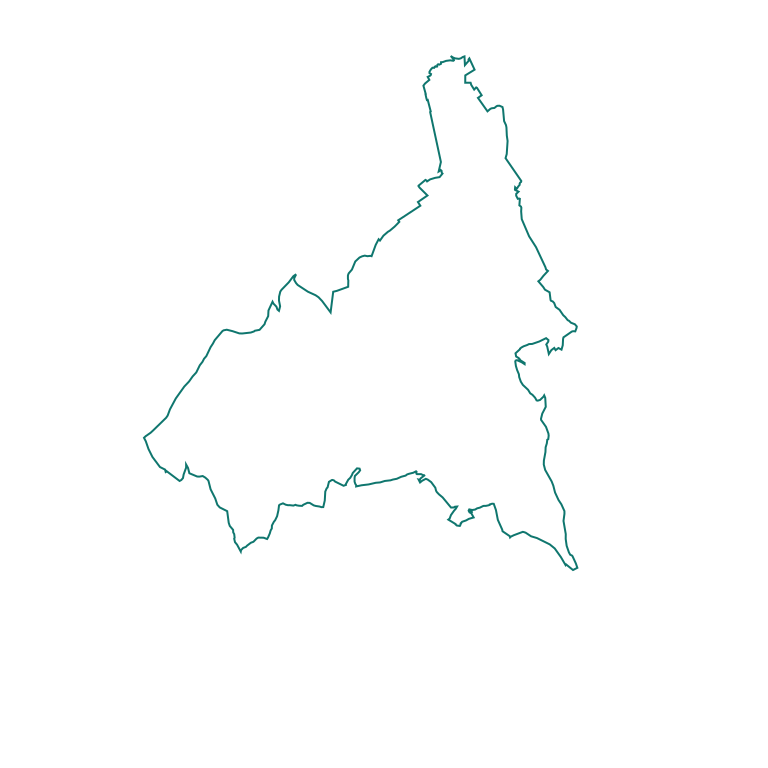 the district of Lunca, Mures, Romania, rotated 241°
{"feature_id": "2599482B60450426042638", "entity_name": "Lunca", "entity_type": "district", "adm_level": 2, "iso_a3": "ROU", "parent_name": "Romania", "parent_adm1": "Mures", "projection": "equal_earth", "projection_center": [24.567, 46.85], "detail": "fine", "context": "isolated", "style": "outline", "palette": "teal", "viewbox_px": 768, "rotation_deg": 241, "n_neighbors": 0, "source": "geoboundaries", "source_scale": "gbopen_adm2", "svg_char_len": 6166}
<svg xmlns="http://www.w3.org/2000/svg" viewBox="0 0 768 768"><g transform="rotate(241 384 384)"><path d="M631.5,613.2L631.8,611.4L631.6,609.0L632.1,607.1L634.4,604.0L636.2,602.6L638.5,601.4L634.0,602.3L633.2,602.1L633.1,601.3L635.0,598.8L636.5,595.0L637.1,591.3L637.8,589.9L636.4,589.0L636.5,587.2L637.4,586.4L637.1,585.2L635.9,584.4L636.4,583.1L636.9,583.0L636.9,582.1L636.2,581.2L637.1,579.7L636.4,577.5L635.0,575.1L633.9,574.5L632.3,575.4L631.5,574.6L631.3,573.9L631.4,571.1L628.0,571.1L626.9,565.5L625.8,563.1L617.4,561.1L617.4,560.8L613.4,559.6L611.5,559.2L611.3,560.0L599.7,557.0L599.5,556.2L598.8,556.0L550.6,541.4L543.3,534.8L543.3,535.7L543.7,537.3L542.5,537.7L540.8,536.9L539.7,537.2L538.0,532.9L539.5,528.7L540.6,523.6L540.3,519.9L541.4,519.8L542.4,519.2L540.7,510.3L540.4,510.1L538.5,510.3L527.8,513.4L526.7,501.9L522.3,502.2L520.3,475.8L518.4,476.0L516.5,469.6L515.3,463.5L515.2,461.1L514.0,455.4L511.4,450.0L513.2,449.5L509.7,444.2L501.8,435.1L502.7,434.2L503.8,431.5L505.6,429.4L506.3,426.7L506.5,423.9L505.1,418.3L499.6,411.4L497.9,406.8L497.2,405.9L496.3,405.0L493.4,403.4L491.9,403.0L486.4,399.8L488.3,388.0L489.3,384.3L472.5,372.0L486.6,370.1L491.6,368.8L494.8,367.2L501.6,362.2L512.5,356.5L514.9,356.0L518.5,355.9L520.1,356.8L522.0,359.6L522.5,359.5L522.2,356.9L519.1,350.0L516.1,340.1L515.1,338.1L511.3,334.6L507.9,332.6L502.3,330.8L498.9,327.6L500.8,326.9L503.8,327.4L507.9,326.3L510.0,326.4L504.3,318.6L499.5,315.6L496.0,310.4L494.2,308.5L491.7,301.4L493.2,296.9L493.0,295.7L493.6,292.4L496.9,284.5L498.4,282.0L503.7,277.1L507.7,272.8L508.7,269.7L508.6,268.3L504.4,257.2L502.3,254.0L500.3,250.2L494.5,242.1L493.3,238.8L491.4,236.0L489.7,232.0L485.1,225.4L483.4,220.3L480.7,214.7L478.6,208.1L472.3,194.9L465.6,184.5L461.3,179.5L460.1,177.1L455.3,159.5L454.5,156.2L453.9,150.3L453.3,148.0L449.4,147.9L441.3,146.5L432.4,146.1L420.0,147.8L415.3,151.0L412.8,150.4L412.8,151.2L413.2,151.6L398.3,158.2L398.3,160.2L399.2,162.6L402.0,164.9L406.8,170.4L409.5,171.9L405.6,171.9L400.3,170.5L393.7,175.7L392.5,177.6L391.4,180.8L388.8,182.3L385.6,183.4L384.3,183.5L376.0,181.3L365.7,180.9L359.2,179.7L355.7,180.5L348.8,185.2L337.9,180.9L334.6,180.3L329.6,181.3L327.3,180.2L325.3,180.2L321.9,178.8L321.4,178.0L317.9,177.0L314.7,177.6L306.9,177.5L308.0,178.4L308.9,181.3L308.5,184.3L309.0,185.8L309.7,190.6L309.3,193.3L310.6,197.7L310.6,199.6L307.9,204.2L305.1,206.6L306.0,208.2L308.7,211.7L310.9,213.9L312.0,215.8L314.6,217.4L316.9,220.9L317.6,222.7L320.2,226.4L324.7,230.4L328.8,233.4L329.0,234.7L328.6,237.8L326.1,239.5L324.5,241.3L323.8,242.7L321.6,245.8L321.2,248.1L320.3,248.7L318.7,250.7L317.1,253.3L317.5,254.8L317.2,259.5L316.0,261.4L311.9,263.7L310.4,265.2L308.1,268.2L306.7,269.5L305.8,271.2L310.8,275.7L318.4,280.5L320.5,283.2L320.9,284.5L325.1,288.4L325.3,291.8L325.0,292.5L323.9,293.5L322.4,293.9L314.6,299.3L314.2,301.8L314.9,302.0L317.6,306.3L318.3,309.0L319.9,311.8L321.3,313.5L323.3,319.5L321.8,321.6L320.1,321.3L319.1,319.2L317.7,314.0L316.1,312.7L312.8,310.9L310.6,310.5L308.7,310.6L307.9,310.0L306.3,315.3L303.6,321.9L301.6,328.9L299.8,332.9L298.8,337.7L296.6,343.0L296.1,345.5L294.9,349.2L294.5,354.1L293.4,358.5L293.7,360.3L293.4,362.1L292.2,366.6L292.1,369.7L291.4,369.9L290.6,369.1L289.6,368.9L289.2,369.1L287.2,372.7L285.5,373.9L284.7,374.9L284.4,374.9L283.8,370.8L283.5,369.7L282.7,368.8L283.6,367.9L280.4,367.8L280.9,370.5L280.8,374.6L279.2,375.9L275.3,377.7L268.4,378.6L265.5,377.8L263.9,377.8L260.8,378.6L256.4,380.3L243.5,382.7L242.2,385.1L242.3,386.5L241.4,388.5L240.1,386.3L239.2,383.8L236.9,379.0L234.5,376.2L234.2,374.5L226.8,378.7L226.5,378.5L224.9,379.1L223.1,381.5L223.7,382.5L224.4,383.0L224.6,383.7L225.0,383.7L225.6,385.6L224.9,389.6L224.9,392.9L223.8,397.7L228.5,397.7L229.6,397.0L229.4,398.8L230.0,398.9L231.8,396.6L232.3,396.7L233.0,397.8L231.0,400.1L230.0,402.9L230.1,405.2L229.4,407.8L229.2,411.8L228.0,414.1L227.2,416.7L227.0,417.8L227.4,418.1L226.9,420.5L226.0,421.9L219.5,420.8L210.0,417.7L199.4,416.8L197.7,416.3L190.0,420.2L188.7,419.9L189.0,421.0L188.8,424.3L187.4,433.7L186.8,434.4L185.3,435.8L179.5,438.8L175.1,443.1L163.4,451.2L157.4,453.6L146.9,454.8L137.5,455.0L137.9,455.8L129.7,459.1L129.5,464.0L134.0,464.8L142.0,465.4L142.7,465.3L144.4,464.1L147.1,464.1L153.9,465.3L160.4,467.8L164.6,470.2L177.2,474.6L183.0,478.9L185.4,480.2L192.8,480.8L197.9,480.4L206.2,481.0L213.0,482.8L217.5,483.4L230.7,483.3L236.1,484.7L239.5,486.7L246.2,492.2L250.3,494.7L253.1,497.6L256.1,499.8L256.1,500.9L259.0,503.0L261.0,503.8L268.0,504.9L276.4,504.0L277.4,504.4L281.4,508.1L285.6,514.4L293.7,518.3L296.4,518.6L295.6,517.3L294.4,512.8L294.9,510.4L295.7,509.5L298.8,509.5L302.6,508.6L304.9,507.4L309.1,507.2L315.9,505.0L319.7,504.8L324.5,505.6L327.1,506.7L331.7,507.2L335.8,508.1L340.0,509.7L340.7,510.5L340.4,511.8L336.4,514.9L333.2,516.6L334.2,517.2L338.6,514.8L340.1,514.7L340.8,514.2L341.4,514.4L344.0,512.9L347.1,513.9L348.5,519.7L349.0,520.1L349.3,521.9L349.3,524.4L348.7,528.0L348.6,530.2L347.2,533.0L345.9,540.4L345.5,548.0L342.7,549.1L341.4,548.2L339.9,545.1L337.6,544.9L330.3,542.7L332.5,546.8L333.0,550.4L330.4,550.5L330.9,554.0L328.0,555.9L331.2,559.1L336.5,562.4L337.8,563.6L338.8,573.7L338.5,575.0L337.3,576.8L339.7,579.6L340.9,580.5L343.7,579.9L347.0,577.2L349.5,576.5L350.8,575.6L354.6,575.0L357.3,574.1L363.8,573.5L368.1,571.5L372.3,572.1L374.4,571.6L375.9,570.4L376.7,570.4L383.9,573.3L388.5,570.5L391.6,570.3L399.0,568.8L399.4,571.3L401.3,575.8L403.4,582.2L405.6,581.3L407.9,581.8L430.0,583.3L442.8,582.5L461.4,584.4L468.4,587.6L471.6,589.6L472.8,589.8L474.6,589.0L480.1,592.6L480.7,592.1L481.1,590.8L484.6,590.9L486.2,591.8L487.0,594.9L490.3,592.7L490.8,592.9L492.5,594.1L490.5,594.7L490.5,595.1L491.7,597.2L492.4,599.2L493.6,599.9L494.1,600.7L494.3,601.9L495.0,602.5L522.6,599.8L525.6,602.8L536.6,609.9L541.6,611.8L549.1,615.5L551.3,616.2L555.7,616.5L566.3,621.2L568.8,621.9L571.4,619.9L572.3,618.1L572.4,617.1L571.9,614.4L572.9,612.0L573.1,610.5L572.3,606.7L588.7,604.9L589.2,609.4L597.9,608.9L598.7,608.4L597.8,605.6L603.3,605.3L605.5,605.8L608.1,601.1L614.5,604.7L615.0,615.6L627.4,616.5L626.9,615.3L625.6,614.7L623.7,609.4L631.5,613.2Z" fill="none" stroke="#0f766e" stroke-width="2"/></g></svg>